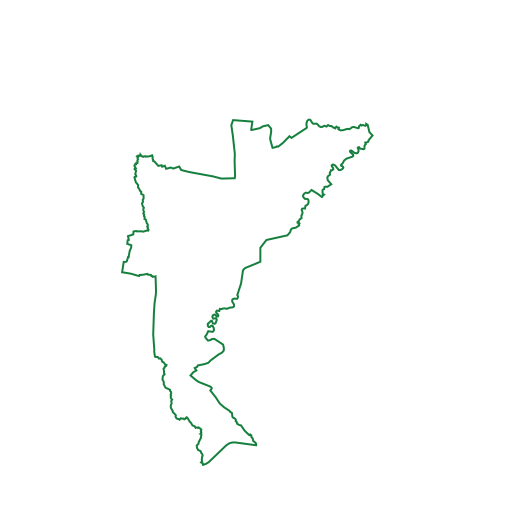 Chaloem Phra Kiat, Nakhon Si Thammarat, Thailand, rotated 233°
{"feature_id": "78962969B27517873641345", "entity_name": "Chaloem Phra Kiat", "entity_type": "district", "adm_level": 2, "iso_a3": "THA", "parent_name": "Thailand", "parent_adm1": "Nakhon Si Thammarat", "projection": "albers", "projection_center": [100.025, 8.16], "detail": "fine", "context": "isolated", "style": "outline", "palette": "green", "viewbox_px": 512, "rotation_deg": 233, "n_neighbors": 0, "source": "geoboundaries", "source_scale": "gbopen_adm2", "svg_char_len": 6134}
<svg xmlns="http://www.w3.org/2000/svg" viewBox="0 0 512 512"><g transform="rotate(233 256 256)"><path d="M293.5,424.1L295.2,423.5L294.1,422.5L294.2,421.6L296.3,420.2L296.7,418.8L297.8,418.6L297.6,416.4L296.4,415.1L296.5,414.5L300.3,411.7L301.0,410.1L301.0,407.1L302.6,405.4L304.0,401.4L305.4,399.2L307.5,398.1L308.4,399.4L308.8,399.4L309.7,398.3L310.9,398.0L310.3,396.1L311.2,396.0L311.8,395.1L314.3,394.5L315.3,393.2L317.1,392.4L317.3,392.0L316.9,390.3L318.9,388.9L319.2,386.7L320.2,385.2L321.7,384.5L324.5,384.4L325.5,383.7L327.1,381.4L328.0,381.0L331.5,381.3L332.4,381.1L333.1,380.2L333.2,378.5L332.0,376.7L331.0,375.6L328.3,374.2L327.8,373.4L329.0,355.4L331.5,354.8L330.1,345.6L330.0,339.5L331.0,338.7L331.0,337.5L332.4,334.3L340.1,337.3L341.7,338.3L346.0,342.8L348.6,344.7L353.2,344.5L355.4,339.5L355.8,336.0L359.2,328.4L359.7,328.1L365.5,334.0L378.3,319.5L375.3,315.0L366.0,309.9L350.2,300.5L344.8,296.1L332.4,287.4L330.9,285.8L338.7,274.9L345.3,269.7L363.6,252.9L369.7,248.0L373.7,248.5L375.6,242.6L378.0,241.1L379.7,236.7L383.0,237.5L383.8,234.8L385.3,235.2L386.8,232.2L392.6,231.8L393.7,231.0L394.6,231.7L396.1,232.0L397.6,233.3L399.0,233.6L399.1,232.5L400.6,229.3L401.6,228.3L401.7,227.7L402.3,227.6L403.1,226.2L403.0,225.7L404.4,224.8L405.3,224.9L405.5,224.3L406.6,224.5L406.0,223.7L406.4,222.4L407.2,222.2L407.2,220.9L405.8,221.2L405.5,220.3L404.2,219.9L403.7,218.7L402.4,218.2L402.3,217.5L401.7,217.1L402.3,216.1L401.4,215.4L402.0,214.4L401.3,213.2L398.2,212.8L398.2,212.3L398.7,211.8L398.5,211.3L396.3,211.6L394.1,208.9L391.8,208.5L391.6,208.0L392.2,206.7L391.9,206.2L387.1,204.4L383.7,204.6L381.9,203.1L379.6,203.1L378.0,202.6L376.4,203.0L374.8,201.7L372.3,202.8L369.5,200.8L369.0,199.3L367.3,198.4L366.6,196.6L363.9,195.5L362.0,195.5L361.3,194.2L359.5,193.2L358.5,193.1L357.8,191.6L356.4,191.7L355.3,190.5L354.2,190.6L352.6,189.2L351.4,189.9L347.9,188.5L346.5,188.6L345.4,187.9L344.9,186.8L344.0,187.0L343.3,186.2L341.5,185.9L341.2,184.9L342.0,184.3L343.3,180.6L344.9,179.1L347.3,175.7L348.0,175.5L349.3,172.9L347.1,171.0L348.9,165.7L345.4,164.1L345.8,163.0L343.2,160.5L339.6,162.9L337.8,161.3L336.0,158.1L331.7,153.5L332.1,153.1L329.5,149.6L329.7,148.4L330.9,146.8L323.6,139.3L317.1,145.5L310.9,150.1L310.3,150.8L310.9,151.7L309.4,153.8L307.0,158.6L306.1,158.5L304.1,160.7L303.0,160.4L302.3,161.1L301.6,160.9L300.2,163.5L288.9,155.6L285.8,153.1L279.6,146.8L271.7,140.0L255.1,126.6L241.9,118.1L241.0,117.2L236.5,114.8L235.8,115.1L234.5,116.7L232.4,116.8L231.9,117.9L230.0,118.2L227.9,117.5L226.7,118.2L224.0,118.2L222.8,118.9L222.3,118.1L222.6,116.5L221.9,115.9L221.6,114.3L219.3,113.2L218.1,112.2L216.6,111.9L216.2,109.4L213.7,107.0L211.0,106.6L209.0,105.1L205.3,104.5L200.9,106.8L199.9,106.2L198.5,106.3L197.4,105.7L196.7,104.4L195.6,104.2L195.2,103.3L193.4,102.4L191.8,102.6L191.2,101.0L189.0,99.9L188.2,98.3L186.8,97.1L185.3,96.5L182.6,96.3L181.5,95.6L177.5,96.2L176.9,96.0L176.4,95.2L174.7,94.8L173.2,95.2L172.2,96.2L171.3,96.4L171.6,98.4L170.8,98.8L169.7,100.3L168.8,100.4L168.5,102.1L169.0,102.8L168.9,103.6L167.8,103.8L163.1,103.4L162.3,103.7L159.0,103.3L156.8,104.6L155.1,104.3L154.6,105.7L153.8,106.1L153.7,107.0L152.7,107.1L151.7,107.7L150.1,107.8L149.4,106.5L148.2,106.4L148.1,105.8L147.2,105.3L147.3,104.6L146.5,105.0L145.9,104.7L144.5,102.9L143.9,102.7L141.9,98.3L140.6,97.0L140.4,94.7L138.2,93.4L136.0,93.0L133.6,94.3L131.9,93.8L129.9,93.8L128.6,93.2L128.2,92.3L126.0,90.1L124.6,89.6L124.2,87.9L122.7,88.7L121.1,88.0L120.1,90.9L119.8,94.1L122.7,118.4L122.4,122.3L121.3,124.8L119.9,126.9L104.8,142.2L105.6,143.0L107.1,143.2L110.1,142.5L112.4,143.6L113.8,143.3L115.6,144.3L116.8,144.0L116.5,143.3L117.1,142.8L121.1,142.1L123.4,141.8L129.6,142.1L131.4,140.8L133.4,140.0L135.0,140.7L136.3,140.4L137.1,141.2L137.7,141.4L139.3,141.2L140.6,140.4L141.8,140.4L145.1,142.3L147.4,141.5L148.3,141.7L154.2,139.5L160.0,138.3L167.5,138.8L176.1,138.6L176.7,140.8L177.7,141.3L179.6,140.7L189.8,134.5L192.8,133.4L200.0,131.8L200.9,135.9L200.5,139.5L203.4,139.6L202.9,142.4L203.6,143.7L200.7,149.7L199.4,153.6L199.9,156.9L199.9,166.2L199.3,170.8L199.9,173.4L201.8,174.9L205.0,176.4L214.9,172.9L216.3,170.7L216.2,169.3L217.3,166.8L221.0,166.5L222.3,166.9L222.9,169.2L224.7,172.6L221.7,175.5L221.5,176.0L221.9,177.7L223.9,178.9L226.3,179.3L227.3,178.4L227.1,176.4L227.8,175.5L229.2,175.5L230.8,176.6L231.3,181.2L230.5,181.7L228.2,181.0L226.7,182.2L226.7,183.3L228.6,186.2L229.3,186.5L230.5,186.4L231.7,184.1L233.1,184.3L234.1,184.9L234.6,186.2L234.3,187.5L233.2,188.1L231.2,188.2L230.6,189.3L231.0,190.0L231.9,190.4L234.8,190.1L235.6,190.7L235.9,192.0L234.2,193.6L235.5,195.4L234.4,196.4L234.0,197.9L233.0,199.5L231.4,200.9L230.4,204.3L229.1,206.2L228.9,208.0L230.6,209.3L233.7,209.5L235.2,210.5L235.5,211.4L235.2,212.8L233.2,215.2L233.8,216.6L234.7,217.4L236.0,217.5L243.1,227.6L252.5,237.1L252.9,240.2L248.8,256.0L260.0,264.5L262.5,274.0L253.6,293.5L254.5,297.7L255.9,299.4L256.3,300.7L256.1,301.9L254.7,304.7L254.4,308.8L255.4,309.1L255.8,310.3L256.5,310.3L257.5,309.2L258.1,309.5L258.2,311.5L259.0,312.9L258.8,315.1L260.8,316.4L261.9,318.5L262.8,319.4L265.4,320.3L265.9,320.9L265.9,321.7L264.4,323.7L266.3,325.7L266.0,328.1L267.1,330.2L269.0,331.5L269.8,331.6L270.7,331.2L272.3,329.4L274.8,329.3L275.9,329.9L276.7,331.5L276.7,333.7L275.1,335.4L274.8,336.3L275.3,340.1L268.2,342.8L263.5,344.1L263.3,344.6L264.2,345.8L264.1,347.2L265.5,346.6L268.4,348.6L268.7,349.3L268.4,350.7L269.9,352.2L269.6,353.2L268.3,354.6L268.0,359.3L273.3,358.9L275.8,360.2L276.4,361.5L276.4,364.0L278.3,365.2L278.6,366.5L279.4,367.5L278.7,368.6L278.7,369.9L279.9,370.6L281.9,370.5L282.9,371.1L282.8,372.5L280.6,373.7L274.8,373.9L274.0,374.9L273.6,376.4L273.6,378.1L274.3,379.1L275.1,379.2L277.0,378.3L277.5,378.5L277.9,381.0L279.2,383.8L279.3,386.9L277.3,392.8L277.3,393.8L278.5,394.5L282.4,393.8L283.3,394.3L283.4,394.9L282.8,395.7L278.9,396.8L277.5,398.1L277.1,399.1L278.0,401.0L279.4,401.9L281.0,402.2L281.3,403.0L280.9,403.8L279.4,403.7L278.8,404.1L276.6,406.1L276.4,407.1L278.9,409.2L279.3,411.1L280.8,411.5L279.9,413.3L279.7,414.6L280.7,415.5L282.1,421.6L286.6,421.1L293.5,424.1Z" fill="none" stroke="#15803d" stroke-width="2"/></g></svg>